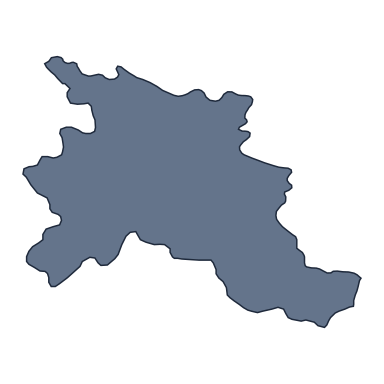 Kletsk, Minsk, Belarus (Equal Earth projection)
{"feature_id": "67162791B94687657655016", "entity_name": "Kletsk", "entity_type": "district", "adm_level": 2, "iso_a3": "BLR", "parent_name": "Belarus", "parent_adm1": "Minsk", "projection": "equal_earth", "projection_center": [26.695, 52.952], "detail": "fine", "context": "isolated", "style": "filled", "palette": "slate", "viewbox_px": 384, "rotation_deg": 0, "n_neighbors": 0, "source": "geoboundaries", "source_scale": "gbopen_adm2", "svg_char_len": 3495}
<svg xmlns="http://www.w3.org/2000/svg" viewBox="0 0 384 384"><path d="M353.4,306.3L353.7,304.4L353.7,300.5L355.3,294.9L356.9,291.0L358.1,286.6L359.5,280.6L361.0,278.2L359.2,276.7L357.1,274.8L354.1,273.2L348.6,272.0L343.0,271.8L337.2,271.1L333.2,271.3L330.9,272.9L327.2,273.0L323.5,271.1L319.6,269.0L316.3,268.1L311.4,267.9L306.6,266.9L305.2,265.7L304.5,262.9L304.5,259.7L304.5,256.9L304.0,255.3L302.4,252.5L299.8,250.6L296.8,248.3L296.8,242.8L296.8,239.7L295.6,236.7L292.4,234.6L287.0,230.4L282.4,226.7L279.2,223.0L276.6,219.3L275.9,215.5L276.4,211.4L279.1,207.9L281.4,205.1L284.7,202.9L285.6,201.1L285.8,196.9L284.4,194.1L284.7,192.0L288.8,190.3L291.8,187.8L291.6,185.2L289.1,183.3L287.2,180.6L287.2,178.4L288.8,175.6L291.6,172.3L291.1,169.8L288.1,168.2L284.2,167.9L278.8,167.2L273.3,165.6L264.5,162.8L258.2,160.4L252.0,158.1L244.1,154.8L241.8,153.2L239.7,149.9L239.5,146.8L240.8,144.8L243.4,141.7L246.4,139.6L249.6,136.6L250.1,133.1L248.0,131.6L245.5,131.2L242.2,131.1L238.5,129.3L239.4,127.2L241.5,126.0L245.5,123.7L247.1,121.8L246.6,119.9L244.8,118.0L245.0,114.8L245.9,112.4L247.5,110.0L248.9,107.5L251.5,104.7L252.4,101.7L252.7,99.5L250.9,97.0L250.7,96.8L248.4,96.0L245.1,95.6L241.3,95.5L238.3,95.1L235.6,93.9L231.9,91.9L227.6,91.8L223.8,94.3L221.9,97.5L219.1,100.3L215.5,101.2L209.9,100.3L206.0,97.0L204.1,93.0L201.4,90.6L198.6,89.6L194.6,89.9L190.3,92.0L188.0,93.6L185.2,94.8L182.3,95.7L178.2,96.3L173.9,95.3L162.6,90.4L157.2,86.6L150.1,82.6L142.8,79.5L136.7,77.6L134.1,75.9L129.3,73.1L123.9,69.2L121.1,66.9L117.7,66.2L116.2,68.9L117.7,72.1L118.8,74.7L117.5,77.1L114.5,79.1L109.2,79.5L105.2,77.8L102.5,75.2L98.6,74.3L94.4,75.2L90.9,76.0L88.5,76.1L82.1,73.9L79.8,70.7L78.4,68.2L77.2,66.4L76.7,63.8L73.4,62.3L71.9,62.4L69.6,63.3L67.5,63.4L64.7,62.4L62.9,60.6L62.8,59.3L61.1,57.6L57.3,56.6L51.4,57.7L49.6,60.3L48.7,61.4L45.7,63.1L44.7,63.7L46.5,67.1L48.1,68.9L51.2,72.0L54.7,74.9L57.7,78.5L62.6,83.6L64.9,83.6L70.0,88.5L67.2,92.7L67.2,96.8L70.5,103.1L77.4,104.2L83.9,103.8L88.1,103.1L91.3,106.3L91.8,110.1L93.2,115.7L95.0,119.9L95.5,127.6L94.6,131.4L90.4,133.5L85.7,133.5L82.5,132.8L78.3,130.0L71.4,127.2L66.3,127.2L60.7,129.3L59.8,133.5L62.1,137.7L63.0,143.3L63.5,147.1L62.5,152.0L61.6,154.8L56.9,157.3L53.2,158.0L47.7,156.6L42.1,156.6L40.2,159.7L37.4,165.0L32.8,166.4L29.1,166.7L24.0,168.8L23.0,174.1L26.3,177.2L30.9,184.9L37.4,193.0L47.1,197.9L49.9,204.6L49.9,208.8L52.2,212.3L58.2,214.4L60.6,216.5L61.5,220.4L59.6,224.9L53.1,226.7L46.1,229.1L42.9,234.4L42.9,239.7L38.7,242.9L32.6,246.7L28.9,251.3L26.6,256.6L26.6,261.5L28.9,264.3L34.5,267.5L40.0,271.0L45.1,271.4L47.5,273.5L48.7,277.3L48.8,277.7L48.8,282.3L51.2,286.5L55.3,286.5L60.0,283.3L67.4,277.7L80.0,266.4L82.3,261.5L89.8,257.3L94.9,258.0L98.1,262.9L100.9,265.4L107.4,265.0L114.8,258.7L118.1,254.5L121.8,244.6L126.0,236.2L130.2,232.3L135.8,231.6L137.6,234.8L140.4,239.7L146.0,242.2L154.3,244.6L159.9,244.3L164.6,244.6L170.1,248.8L170.1,252.4L172.5,256.9L174.3,258.3L177.6,258.3L181.7,259.0L192.4,259.7L198.9,260.1L205.9,260.1L211.0,260.1L213.3,262.9L216.1,269.6L216.1,273.8L218.9,278.1L223.1,281.6L226.4,287.6L226.8,290.7L227.3,295.0L230.1,297.8L234.3,301.0L239.4,304.5L243.6,307.7L247.8,310.1L251.5,311.2L257.5,312.6L262.6,311.2L271.9,309.1L278.0,307.3L283.6,309.1L285.9,313.7L288.2,317.6L291.9,319.3L301.2,321.1L305.9,320.0L314.3,322.2L318.0,325.7L324.5,327.4L326.8,325.0L328.7,320.7L330.5,317.6L335.2,313.0L338.9,311.2L344.9,309.1L349.6,307.0L353.3,306.3L353.4,306.3Z" fill="#64748b" stroke="#1e293b" stroke-width="1.5"/></svg>